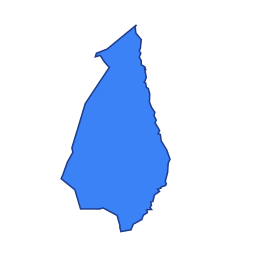 Sampson, North Carolina, United States of America, rotated 200°
{"feature_id": "52423323B72025487819763", "entity_name": "Sampson", "entity_type": "district", "adm_level": 2, "iso_a3": "USA", "parent_name": "United States of America", "parent_adm1": "North Carolina", "projection": "equal_earth", "projection_center": [-78.438, 34.935], "detail": "fine", "context": "isolated", "style": "filled", "palette": "blue", "viewbox_px": 256, "rotation_deg": 200, "n_neighbors": 0, "source": "geoboundaries", "source_scale": "gbopen_adm2", "svg_char_len": 1215}
<svg xmlns="http://www.w3.org/2000/svg" viewBox="0 0 256 256"><g transform="rotate(200 128 128)"><path d="M107.8,148.5L108.1,151.9L112.8,155.3L116.7,159.7L119.2,167.4L122.5,172.1L124.6,172.4L126.8,176.3L128.4,176.4L128.1,178.6L128.1,181.7L132.6,189.3L131.6,189.2L133.1,191.2L137.1,192.0L138.7,196.0L141.7,198.4L141.5,202.6L143.8,204.2L143.6,206.9L145.7,215.5L153.1,219.9L155.9,225.6L155.3,227.8L174.7,194.9L183.2,187.5L183.1,183.7L178.9,186.7L172.9,182.1L166.3,178.5L176.5,136.4L174.8,107.2L174.8,105.8L173.9,90.0L171.5,86.4L173.3,75.0L173.2,61.3L173.5,57.5L158.9,52.5L158.6,52.5L158.4,52.5L157.2,51.9L156.8,51.8L144.9,35.7L141.0,37.2L140.3,37.4L139.8,37.6L127.0,42.2L125.2,43.6L124.2,44.3L122.9,44.2L116.6,43.3L113.6,42.9L113.0,42.8L108.4,42.1L104.9,37.3L102.4,33.8L101.6,31.7L99.4,28.4L99.3,28.2L90.4,33.3L90.1,39.5L83.7,46.7L83.8,51.2L80.9,55.1L82.3,57.6L78.0,59.5L80.1,60.8L79.5,63.3L81.3,66.1L79.5,67.5L80.2,74.2L76.7,79.2L79.3,80.6L76.5,82.7L76.6,82.8L76.7,83.0L76.8,83.5L76.8,83.8L76.7,83.9L73.1,86.7L72.8,88.6L74.7,90.5L75.6,99.9L78.2,108.7L77.8,112.9L84.1,120.6L92.4,127.2L95.4,133.0L97.7,132.9L97.4,136.4L104.3,142.1L104.2,145.1L107.8,148.5Z" fill="#3b82f6" stroke="#1e3a8a" stroke-width="1.5"/></g></svg>